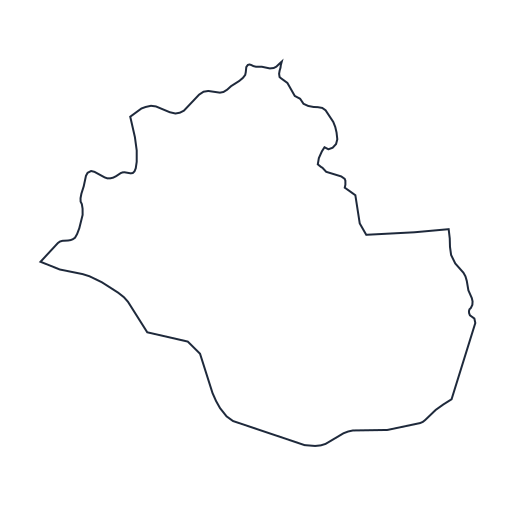 Đắk Lắk, Robinson projection, rotated 177°
{"feature_id": "VNM-477", "entity_name": "Đắk Lắk", "entity_type": "Province", "adm_level": 1, "iso_a3": "VNM", "parent_name": "Vietnam", "parent_adm1": "", "projection": "robinson", "projection_center": [108.237, 12.77], "detail": "fine", "context": "isolated", "style": "outline", "palette": "slate", "viewbox_px": 512, "rotation_deg": 177, "n_neighbors": 0, "source": "natural_earth", "source_scale": "10m", "svg_char_len": 1997}
<svg xmlns="http://www.w3.org/2000/svg" viewBox="0 0 512 512"><g transform="rotate(177 256 256)"><path d="M62.2,272.7L61.6,263.4L61.8,255.0L61.1,246.8L57.4,238.1L49.7,228.4L47.9,224.7L46.8,220.0L45.7,210.6L42.7,202.7L42.1,199.3L42.5,195.9L44.2,192.8L45.6,191.6L46.2,189.9L46.2,187.9L45.5,185.6L41.2,182.1L40.5,177.6L68.2,102.7L76.6,98.0L84.6,92.9L95.7,83.3L98.1,81.6L100.8,80.6L133.9,75.4L168.4,76.7L173.2,75.9L177.9,74.4L196.4,64.7L201.2,63.5L206.9,63.2L217.4,64.6L287.6,92.4L293.8,97.4L299.9,106.0L303.5,113.3L306.6,121.4L317.0,161.3L328.6,174.1L368.6,185.5L386.2,216.9L390.0,221.7L395.6,226.6L411.4,237.9L423.4,244.5L430.1,247.0L452.7,252.8L471.5,261.5L453.2,279.3L451.0,280.7L448.5,281.3L442.9,281.3L440.3,281.6L438.1,282.3L435.8,283.7L433.5,287.3L431.0,293.0L427.0,306.1L426.7,312.3L427.2,316.9L428.3,319.5L428.2,322.9L427.1,327.4L424.4,334.6L421.6,345.0L419.8,347.9L416.2,349.5L412.9,348.5L403.0,342.4L400.3,341.3L397.5,341.2L394.6,341.7L391.6,343.0L386.7,345.9L384.7,346.5L382.9,346.5L376.8,345.1L374.7,345.3L372.9,346.9L371.5,349.9L370.2,356.3L369.6,367.6L370.7,381.0L374.3,401.7L362.7,409.3L358.4,410.6L353.0,411.5L348.1,410.6L334.6,404.1L329.0,402.5L324.5,403.1L320.4,404.9L304.4,420.1L299.8,422.8L295.0,423.3L283.5,421.0L279.9,421.5L276.1,423.6L271.9,427.0L263.7,431.6L259.7,434.6L257.3,437.4L256.6,440.1L255.8,445.2L254.2,447.2L252.5,447.6L250.8,447.0L248.7,445.8L246.1,445.0L240.3,444.7L232.4,442.6L228.5,442.8L225.8,444.0L222.9,446.5L220.1,448.8L221.2,445.4L221.7,442.7L222.7,439.9L223.4,436.8L223.1,433.5L221.9,432.3L215.6,427.2L210.8,417.6L208.9,413.8L203.7,410.7L200.6,405.5L196.0,403.1L190.7,401.8L186.5,401.4L182.1,400.4L178.9,397.9L171.8,385.8L170.1,380.7L169.1,375.1L168.7,368.3L170.2,363.6L173.8,360.1L178.1,358.8L181.9,361.0L184.7,357.1L188.1,350.5L189.5,344.3L186.5,341.6L185.0,340.6L181.5,336.4L166.7,331.0L163.4,328.4L162.8,326.5L163.0,322.5L163.8,319.6L153.6,311.5L150.7,283.1L144.8,271.4L96.5,271.4L62.2,272.7Z" fill="none" stroke="#1e293b" stroke-width="2"/></g></svg>